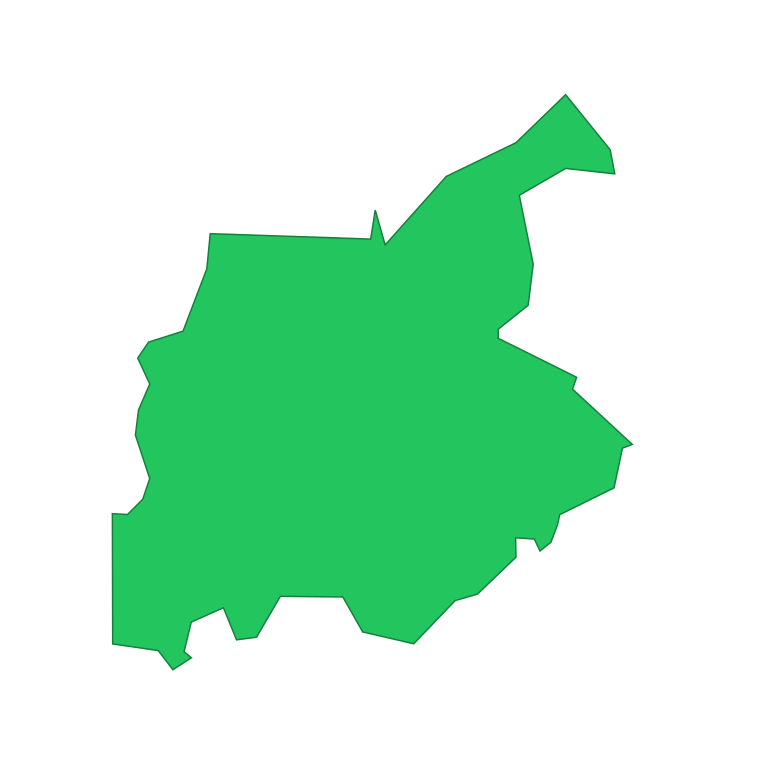 outline of Baliet, Upper Nile, South Sudan, rotated 187°
{"feature_id": "79223893B13684678916358", "entity_name": "Baliet", "entity_type": "district", "adm_level": 2, "iso_a3": "SSD", "parent_name": "South Sudan", "parent_adm1": "Upper Nile", "projection": "robinson", "projection_center": [32.373, 9.407], "detail": "fine", "context": "isolated", "style": "filled", "palette": "green", "viewbox_px": 768, "rotation_deg": 187, "n_neighbors": 0, "source": "geoboundaries", "source_scale": "gbopen_adm2", "svg_char_len": 826}
<svg xmlns="http://www.w3.org/2000/svg" viewBox="0 0 768 768"><g transform="rotate(187 384 384)"><path d="M413.9,555.6L414.9,526.2L554.0,513.9L574.8,512.0L573.9,476.7L589.9,412.0L622.8,396.9L631.6,379.7L616.5,355.5L624.5,328.2L624.5,303.0L605.0,261.6L609.4,240.3L622.7,223.2L637.8,222.2L621.6,92.9L575.6,91.9L558.7,74.7L541.8,88.8L549.8,93.9L546.3,124.2L516.1,142.4L499.2,112.1L479.7,117.1L461.0,160.6L398.9,167.6L374.9,135.3L322.8,129.8L287.0,177.7L265.7,186.8L231.9,228.2L234.6,247.4L215.9,248.4L208.8,237.3L199.0,247.4L194.6,265.6L193.7,275.7L143.0,309.0L139.5,349.4L130.2,354.3L196.3,401.9L193.6,414.1L276.3,443.3L277.2,452.4L250.5,479.7L250.5,521.1L272.7,587.8L230.0,620.1L180.6,620.7L188.0,644.0L239.0,693.3L282.4,639.6L347.5,597.6L399.8,522.2L413.9,555.6Z" fill="#22c55e" stroke="#15803d" stroke-width="1.5"/></g></svg>